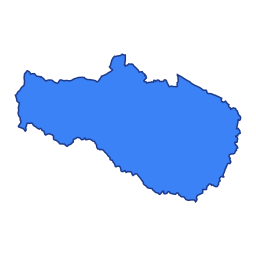 Vohibato, Haute Matsiatra, Madagascar (orthographic projection)
{"feature_id": "10022922B39439372576611", "entity_name": "Vohibato", "entity_type": "district", "adm_level": 2, "iso_a3": "MDG", "parent_name": "Madagascar", "parent_adm1": "Haute Matsiatra", "projection": "orthographic", "projection_center": [47.101, -21.673], "detail": "fine", "context": "isolated", "style": "filled", "palette": "blue", "viewbox_px": 256, "rotation_deg": 0, "n_neighbors": 0, "source": "geoboundaries", "source_scale": "gbopen_adm2", "svg_char_len": 5754}
<svg xmlns="http://www.w3.org/2000/svg" viewBox="0 0 256 256"><path d="M122.1,54.2L121.7,54.7L120.4,55.5L116.6,56.2L115.9,56.5L114.5,56.3L113.1,57.8L112.6,59.0L111.9,60.0L110.3,65.8L109.5,66.9L110.8,68.6L112.5,69.6L112.5,70.0L110.6,71.6L108.4,72.7L106.6,74.1L102.8,75.8L101.4,76.2L101.0,77.4L98.3,81.2L97.1,81.8L96.5,81.6L96.2,81.2L95.3,80.7L93.9,80.3L89.7,79.6L87.8,79.6L86.3,79.1L85.1,78.6L84.3,77.5L81.8,77.3L78.5,77.5L73.6,79.1L71.9,80.2L69.8,80.9L66.9,80.5L63.7,80.7L61.2,80.0L60.3,79.9L60.0,80.0L59.5,80.9L59.3,80.9L57.8,83.1L57.6,83.3L56.5,83.1L53.8,81.8L52.4,80.5L51.5,80.1L48.6,80.0L47.1,80.4L46.3,81.0L45.8,80.8L44.5,79.9L43.8,78.9L41.1,76.7L40.8,77.1L39.3,76.5L36.8,76.2L36.2,75.8L34.9,74.1L34.4,73.7L32.4,73.7L30.6,74.1L30.0,72.6L29.4,71.9L27.6,70.8L26.9,71.0L26.5,71.3L26.0,72.5L25.1,73.2L24.5,74.1L24.1,78.0L24.5,80.9L24.3,84.5L23.8,85.5L21.5,87.5L19.7,90.5L18.0,91.8L17.4,92.7L16.8,94.2L15.4,95.2L16.3,97.7L17.0,101.1L17.7,101.9L19.3,102.9L18.8,106.2L18.4,107.0L18.4,108.0L18.7,110.7L18.1,112.9L18.7,115.6L19.9,117.2L20.2,117.9L20.2,120.0L20.9,121.1L20.9,121.6L20.7,122.9L18.4,126.2L18.6,126.9L23.0,128.5L24.1,129.4L24.8,130.8L25.4,131.1L25.9,130.4L26.1,129.7L25.7,127.4L26.5,125.8L26.6,124.7L27.2,123.3L27.9,123.2L29.5,123.4L31.5,123.1L32.4,123.5L32.8,124.0L33.4,125.4L36.5,127.3L37.8,128.5L39.4,129.1L40.3,128.4L41.0,128.6L42.1,130.4L43.9,131.3L44.9,134.4L45.6,135.0L46.5,134.7L47.0,134.3L48.6,133.9L49.9,133.9L51.3,134.6L52.1,134.7L53.5,136.2L53.5,138.8L53.8,139.4L54.4,139.9L56.3,140.3L57.9,141.7L58.8,142.3L59.1,142.6L59.2,143.2L59.7,143.7L60.5,144.0L62.4,143.8L63.1,144.1L64.1,144.0L64.8,144.3L65.3,145.2L67.1,146.3L67.7,146.0L67.8,145.5L68.3,145.1L69.5,144.8L71.6,143.6L72.1,143.0L72.3,142.4L73.2,142.1L73.4,141.6L73.2,140.5L73.4,139.5L75.4,138.7L77.3,137.4L79.9,137.9L81.5,139.7L83.5,139.4L84.1,139.0L84.5,138.2L85.1,138.1L85.7,139.6L86.1,139.8L89.0,139.1L89.7,139.2L90.8,139.6L93.2,141.2L94.1,141.4L94.8,141.9L95.2,143.1L96.5,144.7L96.7,147.0L97.7,148.9L99.6,149.3L99.9,149.8L101.5,149.4L103.3,150.2L104.9,152.2L107.0,154.1L107.9,155.7L109.3,156.8L109.9,157.7L110.2,158.5L110.0,159.1L110.3,159.7L111.3,160.2L112.0,160.1L112.6,160.6L113.0,161.9L114.2,163.4L115.1,165.4L115.3,166.5L116.0,166.8L117.8,166.1L119.6,166.4L120.1,167.0L120.8,169.1L121.0,170.8L121.6,171.4L122.2,171.6L123.8,171.4L124.6,170.7L125.1,170.7L126.1,172.4L127.5,171.7L130.4,171.7L131.4,172.3L132.4,174.8L133.0,175.5L134.2,174.5L135.7,173.8L136.1,173.7L136.9,174.1L137.4,174.5L138.2,175.7L140.8,178.7L141.5,180.0L142.3,180.7L142.5,181.4L143.1,181.8L143.4,182.6L143.3,183.6L144.2,184.7L146.9,186.6L147.2,187.5L149.0,188.2L152.2,188.6L152.4,189.3L153.2,190.4L154.5,191.3L155.3,192.2L156.8,192.8L158.2,193.1L159.1,194.2L159.8,194.4L161.9,192.4L162.2,191.7L162.9,191.1L163.7,191.6L163.7,192.9L164.1,193.7L165.1,193.8L165.6,193.6L166.7,193.5L167.8,192.0L168.6,191.7L169.2,191.7L169.7,192.6L170.4,193.3L174.5,194.2L175.4,194.3L177.1,192.9L178.1,193.2L178.5,193.7L178.8,194.8L180.0,195.5L180.7,196.4L181.7,196.8L183.9,196.9L185.4,198.7L185.6,199.3L186.2,199.6L187.9,200.2L188.9,200.3L190.9,199.9L193.9,199.9L194.8,200.4L195.5,201.8L196.6,200.7L196.6,199.9L197.0,199.5L197.0,199.1L196.4,197.9L197.0,195.8L197.6,195.3L202.6,193.0L202.8,192.2L202.7,189.8L202.8,189.6L203.4,189.3L204.2,189.6L206.3,189.5L206.6,189.2L206.6,188.0L207.3,186.0L208.2,185.3L208.9,184.2L210.0,183.9L211.2,184.5L211.5,185.3L212.5,185.0L213.1,185.0L214.4,186.2L215.8,186.6L216.2,186.7L217.3,186.4L218.6,184.2L218.6,182.2L220.1,180.9L220.0,180.2L219.5,178.9L219.7,178.0L221.3,176.5L222.0,176.5L223.1,177.1L223.8,176.8L223.1,175.6L223.0,175.0L224.5,171.5L225.2,169.1L226.0,167.8L225.9,167.0L226.4,166.7L227.3,164.3L228.0,163.5L229.0,163.2L229.4,163.6L229.8,163.6L230.8,162.1L230.7,161.4L229.8,159.5L230.2,158.2L229.8,157.6L229.5,157.6L229.2,156.8L229.0,155.9L229.2,155.2L229.9,154.5L231.3,153.9L233.4,153.9L234.7,153.0L235.3,151.3L236.5,150.3L236.3,149.5L236.5,148.5L237.7,147.9L237.3,146.6L236.5,145.5L236.0,145.5L235.9,145.4L235.8,144.8L235.1,144.0L234.8,142.9L234.8,142.5L235.2,142.1L235.8,142.1L236.2,142.4L236.8,142.3L237.2,141.6L237.2,140.3L237.7,139.1L237.6,138.5L237.1,137.5L235.7,136.5L235.7,136.2L236.4,135.8L237.7,135.8L237.9,134.7L238.4,133.9L239.2,133.8L240.2,133.2L239.8,131.0L239.5,130.3L238.0,128.4L237.1,128.7L236.6,128.5L237.9,122.1L238.1,120.0L238.3,119.7L239.3,120.3L240.1,119.9L240.6,118.5L240.5,116.9L239.8,115.9L238.2,114.4L238.1,113.1L237.2,110.9L236.1,110.0L235.7,108.8L235.3,108.4L233.3,107.9L230.6,109.2L230.5,108.1L228.9,106.8L228.5,106.2L228.5,105.7L228.9,104.6L228.0,104.2L226.5,102.6L225.6,101.2L223.2,102.4L222.6,101.7L221.6,101.5L221.3,99.8L221.7,98.3L217.8,96.4L216.1,95.8L215.8,95.4L214.0,95.0L212.6,94.2L209.9,93.5L208.6,93.6L207.6,93.3L206.8,92.4L206.8,91.2L206.1,90.2L205.7,90.1L203.6,90.3L199.8,87.6L194.2,85.0L191.3,83.3L189.3,81.4L187.8,80.9L181.4,76.8L177.4,74.6L177.4,75.8L178.1,76.5L178.0,78.4L178.2,79.8L178.2,81.1L178.1,81.7L177.2,82.6L177.4,83.0L177.0,84.3L177.4,85.4L177.1,86.4L176.7,86.7L175.9,86.6L173.0,86.6L172.2,86.2L171.6,86.1L169.2,86.7L166.8,82.1L166.6,81.1L166.0,80.3L165.1,79.8L164.2,80.0L163.8,81.0L163.1,81.4L159.7,81.5L159.3,80.7L158.8,80.3L157.7,80.0L157.0,80.3L156.7,80.8L155.6,81.2L154.9,80.4L154.0,80.3L153.6,80.8L153.7,81.9L153.4,82.2L151.4,81.9L150.5,82.4L148.3,82.4L147.1,83.1L146.7,83.0L145.9,81.8L144.1,81.5L143.9,80.6L146.4,77.9L145.9,75.8L144.8,75.6L145.1,74.9L145.0,74.5L143.1,73.1L142.2,71.7L139.1,72.1L138.9,71.3L138.1,70.1L135.7,67.6L133.7,65.8L132.9,64.5L132.5,64.2L131.7,64.4L131.3,64.0L130.8,64.2L128.8,63.9L127.5,65.2L126.0,65.5L125.7,66.1L124.8,65.3L124.8,65.0L124.4,64.8L124.8,64.2L124.7,63.7L125.0,62.8L124.7,62.2L125.3,61.2L125.3,55.0L124.1,55.0L122.1,54.2Z" fill="#3b82f6" stroke="#1e3a8a" stroke-width="1.5"/></svg>